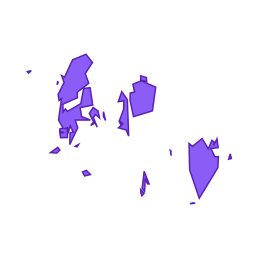 the district of Raja Ampat, Papua Barat, Indonesia, rotated 276°
{"feature_id": "22746128B90221566890304", "entity_name": "Raja Ampat", "entity_type": "district", "adm_level": 2, "iso_a3": "IDN", "parent_name": "Indonesia", "parent_adm1": "Papua Barat", "projection": "albers", "projection_center": [130.461, -0.827], "detail": "medium", "context": "isolated", "style": "filled", "palette": "violet", "viewbox_px": 256, "rotation_deg": 276, "n_neighbors": 0, "source": "geoboundaries", "source_scale": "gbopen_adm2", "svg_char_len": 1885}
<svg xmlns="http://www.w3.org/2000/svg" viewBox="0 0 256 256"><g transform="rotate(276 128 128)"><path d="M140.4,63.6L137.1,61.8L144.8,60.7L152.8,74.5L158.3,73.8L168.4,84.3L177.6,79.8L189.4,85.8L196.9,78.5L190.1,65.8L172.0,59.6L173.2,56.5L166.6,59.7L154.1,55.0L148.2,56.5L150.4,58.8L128.6,58.1L120.9,63.6L120.2,60.5L117.4,60.4L116.8,65.2L116.0,60.7L111.3,62.0L112.2,68.8L121.6,67.6L120.5,64.7L122.1,67.8L118.1,69.2L124.1,70.4L118.0,74.0L117.4,70.9L105.4,71.8L123.0,78.0L130.4,74.7L132.0,89.8L134.5,80.7L143.2,78.3L147.1,90.5L164.1,86.1L162.7,79.8L147.3,78.5L138.2,66.1L140.4,63.6ZM119.0,190.3L92.8,193.7L65.6,206.2L97.9,221.5L109.0,220.9L108.5,217.3L116.3,212.6L117.9,219.7L126.5,217.6L119.5,214.9L122.7,215.5L124.5,212.8L115.7,210.0L125.3,202.8L116.5,194.1L119.0,190.3ZM171.5,151.3L176.3,136.2L172.0,128.3L164.4,130.8L163.1,126.6L155.9,127.1L139.9,132.3L147.6,150.5L171.5,151.3ZM163.5,118.0L153.1,115.6L154.7,121.1L146.3,121.7L134.4,118.7L131.5,122.5L127.2,118.5L125.8,126.5L120.0,129.5L156.1,124.4L163.5,118.0ZM138.5,88.0L130.5,93.1L126.6,90.7L129.6,94.6L125.6,97.3L134.8,92.5L138.0,94.3L135.0,98.7L141.9,96.3L144.7,91.2L138.5,88.0ZM86.6,148.6L69.4,148.4L66.9,151.1L80.1,150.4L74.5,153.2L74.6,154.8L86.6,148.6ZM79.5,87.4L75.8,89.8L77.8,95.5L81.5,91.1L79.5,87.4ZM176.2,141.8L180.1,141.0L181.2,135.1L177.0,135.6L176.2,141.8ZM101.4,60.1L95.4,53.5L95.7,59.9L99.0,62.5L101.4,60.1ZM68.0,147.1L65.0,147.5L62.0,148.9L64.8,150.8L68.0,147.1ZM174.9,25.8L173.6,22.0L172.2,23.3L174.9,25.8ZM141.7,101.9L137.2,102.2L133.1,104.9L141.7,101.9ZM106.4,80.5L104.3,77.4L103.9,79.3L106.4,80.5ZM107.5,231.4L108.5,234.0L112.3,232.6L112.3,232.2L107.5,231.4ZM60.4,200.4L59.1,197.5L60.2,202.7L60.4,200.4ZM133.0,119.0L129.8,120.9L132.0,121.5L133.0,119.0ZM163.5,53.0L166.4,53.8L166.5,53.1L163.5,53.0ZM105.0,173.8L109.8,173.0L110.2,172.4L105.0,173.8Z" fill="#8b5cf6" stroke="#5b21b6" stroke-width="1.5"/></g></svg>